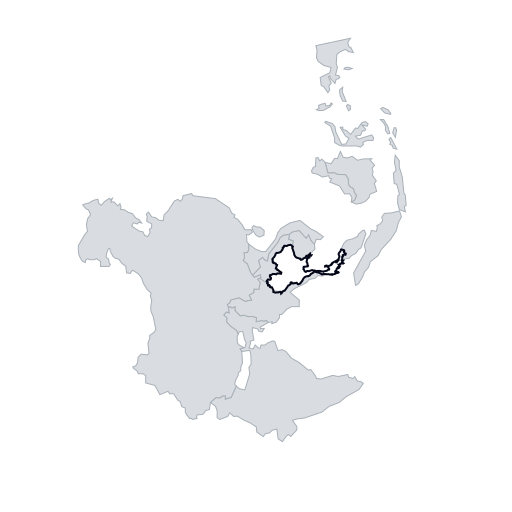 map of Thailand with Indonesia, Cambodia, Laos and 5 others greyed out, rotated 254°
{"feature_id": "THA", "entity_name": "Thailand", "entity_type": "country or territory", "adm_level": 0, "iso_a3": "THA", "parent_name": "Asia", "parent_adm1": "", "projection": "orthographic", "projection_center": [100.709, 13.031], "detail": "fine", "context": "with_neighbors", "style": "outline", "palette": "ink", "viewbox_px": 512, "rotation_deg": 254, "n_neighbors": 8, "source": "natural_earth", "source_scale": "50m", "svg_char_len": 15555}
<svg xmlns="http://www.w3.org/2000/svg" viewBox="0 0 512 512"><g transform="rotate(254 256 256)"><path d="M441.7,371.5L439.3,406.8L436.0,403.1L431.6,402.9L430.4,404.6L424.7,405.7L427.0,401.1L429.9,399.1L429.2,393.4L427.4,389.3L418.7,386.1L414.9,386.3L408.0,382.3L406.5,385.2L404.7,385.9L403.7,384.0L403.7,381.7L400.1,379.5L405.4,376.8L408.8,376.4L408.4,375.0L401.4,376.0L399.5,373.0L395.1,372.5L393.1,370.1L399.7,367.9L402.2,365.7L409.9,366.9L411.8,377.5L416.5,380.1L420.6,373.6L425.9,369.4L430.0,368.8L437.0,371.4L441.7,371.5ZM363.4,416.4L363.8,419.0L360.1,423.3L355.7,424.9L355.1,424.3L358.1,419.1L363.4,416.4ZM409.7,400.1L409.5,396.1L411.5,392.1L412.5,393.5L412.3,396.1L409.7,400.1ZM327.0,348.2L324.0,353.5L328.1,358.5L327.2,361.2L333.3,365.9L326.9,367.0L325.1,370.9L325.3,375.9L320.0,380.1L319.8,385.5L317.6,394.0L316.8,392.1L310.5,395.0L308.4,391.8L304.5,391.7L301.7,390.1L295.1,392.3L293.1,389.8L284.8,389.8L284.0,382.5L281.2,381.0L278.5,376.4L277.7,371.6L278.4,366.4L281.7,362.6L282.6,366.3L286.5,369.3L290.1,368.0L293.7,368.2L296.9,365.3L299.6,364.7L304.8,365.9L309.4,364.5L312.1,356.6L314.2,354.5L316.0,348.0L327.0,348.2ZM387.2,381.1L392.6,382.0L394.3,385.9L390.2,384.2L379.7,385.2L381.0,382.0L387.2,381.1ZM374.5,388.0L371.0,387.3L370.0,385.1L375.2,384.3L376.4,385.9L374.5,388.0ZM380.1,354.4L380.5,357.4L383.4,357.5L383.9,359.7L383.7,364.6L381.1,364.4L380.3,367.9L382.4,370.5L381.0,371.4L379.0,368.1L377.4,361.2L378.4,356.6L380.1,354.4ZM347.6,364.1L360.3,363.5L365.4,358.9L366.3,360.1L362.2,366.0L358.3,367.5L353.2,366.9L339.7,369.1L338.9,373.4L343.7,377.9L346.6,375.1L356.5,372.4L356.0,375.0L353.7,374.4L351.4,377.8L346.7,380.4L351.6,386.9L350.6,388.9L355.2,394.8L355.0,398.3L352.1,400.2L350.1,398.5L352.8,393.8L347.6,396.4L346.3,395.0L347.1,392.8L343.3,389.9L343.8,384.6L340.2,386.5L340.5,400.6L337.1,401.7L334.8,400.2L336.5,395.1L335.8,389.9L333.6,390.1L331.9,386.5L334.2,382.7L337.8,369.7L338.9,367.3L343.4,362.8L347.6,364.1ZM338.5,425.9L331.7,422.7L336.7,421.3L341.2,424.1L340.8,425.6L338.5,425.9ZM344.6,416.3L348.1,415.6L352.9,413.2L352.0,416.3L344.0,418.5L337.0,418.4L337.1,416.4L341.4,415.0L344.6,416.3ZM328.3,416.7L331.6,416.0L332.8,418.2L319.9,420.8L321.9,417.6L324.9,417.4L326.4,415.4L328.3,416.7ZM274.8,409.0L275.6,410.9L286.2,411.1L287.5,408.8L297.8,410.9L299.7,414.3L307.9,414.9L314.5,417.6L308.2,420.0L302.2,418.2L291.5,418.4L275.9,415.5L273.5,416.3L263.3,414.3L262.4,412.1L257.2,411.8L261.2,406.6L268.0,406.7L274.8,409.0ZM251.8,380.5L252.7,384.3L254.7,387.3L258.9,387.8L261.6,391.2L260.1,398.0L259.8,406.4L253.6,406.6L248.9,402.1L241.6,397.8L234.9,390.1L227.7,378.2L222.7,373.6L219.0,364.4L213.9,360.9L210.9,356.0L206.6,352.8L200.8,346.5L200.3,343.6L212.7,345.1L230.6,362.9L236.4,363.0L241.1,366.8L244.4,371.4L248.8,373.9L246.5,378.5L249.7,380.4L251.8,380.5Z" fill="#d9dde1" stroke="#a8b0b8" stroke-width="1"/><path d="M241.4,305.9L240.0,299.0L243.5,294.2L250.6,293.1L255.8,293.8L260.4,295.9L262.8,292.0L267.7,293.9L269.1,297.7L268.6,304.5L259.4,309.1L261.9,312.5L256.0,313.1L251.2,315.4L246.6,314.7L241.4,305.9Z" fill="#d9dde1" stroke="#a8b0b8" stroke-width="1"/><path d="M267.7,293.9L262.8,292.0L260.4,295.9L255.8,293.8L257.5,291.2L257.7,286.4L253.2,281.5L252.7,275.9L248.5,271.4L244.4,271.0L243.4,273.0L240.2,273.2L238.6,272.2L232.9,275.6L232.7,270.5L234.0,264.6L230.4,264.3L230.1,260.9L227.8,259.2L228.9,257.1L233.5,253.4L233.9,254.7L236.8,254.9L235.9,248.4L238.6,247.6L244.2,257.1L250.8,257.1L253.0,262.0L249.6,263.5L248.1,265.6L254.6,268.9L262.8,280.4L267.0,284.2L268.5,288.2L267.7,293.9Z" fill="#d9dde1" stroke="#a8b0b8" stroke-width="1"/><path d="M227.8,259.2L221.6,262.9L217.8,263.1L215.3,269.2L213.0,270.2L221.1,283.1L219.0,288.1L217.1,289.1L222.1,296.5L222.6,302.4L224.7,307.6L218.9,318.7L218.4,314.4L220.1,310.1L218.3,306.7L218.8,300.5L216.6,297.5L213.9,283.5L211.7,278.8L201.7,285.5L195.4,283.5L197.5,276.5L196.5,271.2L192.6,264.6L193.3,262.5L190.2,261.7L186.7,257.0L186.6,252.5L188.4,253.4L188.7,249.3L191.3,248.1L190.9,245.7L192.2,243.8L192.7,238.0L196.7,239.4L199.2,234.9L199.6,232.2L202.6,227.6L202.6,224.4L209.3,220.7L212.9,221.8L212.5,218.4L214.3,217.4L214.0,215.3L217.0,214.9L218.6,218.2L220.7,219.5L220.5,228.3L215.6,232.9L214.8,239.5L220.3,238.6L221.5,243.8L224.8,244.9L223.2,249.6L229.4,252.7L233.3,251.1L233.5,253.4L228.9,257.1L227.8,259.2Z" fill="#d9dde1" stroke="#a8b0b8" stroke-width="1"/><path d="M251.2,315.4L256.0,313.1L261.9,312.5L259.4,309.1L268.6,304.5L269.1,297.7L267.7,293.9L268.5,288.2L267.0,284.2L262.8,280.4L254.6,268.9L248.1,265.6L249.6,263.5L253.0,262.0L250.8,257.1L244.2,257.1L238.6,247.6L241.4,246.2L250.7,245.5L255.1,242.4L257.7,244.5L262.5,245.4L261.8,248.7L264.4,250.9L269.7,252.2L262.9,257.2L258.6,262.6L257.6,266.6L267.2,279.8L272.2,283.1L275.7,287.6L278.5,298.0L278.1,308.1L267.3,315.8L262.9,320.6L256.0,326.1L253.9,322.5L255.4,318.6L251.2,315.4Z" fill="#d9dde1" stroke="#a8b0b8" stroke-width="1"/><path d="M214.0,215.3L214.3,217.4L212.5,218.4L212.9,221.8L209.3,220.7L202.6,224.4L202.6,227.6L199.6,232.2L199.2,234.9L196.7,239.4L192.7,238.0L192.2,243.8L190.9,245.7L191.3,248.1L188.7,249.3L186.5,240.4L185.0,240.3L184.0,243.9L181.3,240.9L183.1,237.8L185.5,237.5L188.1,232.9L185.2,231.8L175.8,230.8L175.6,226.9L173.3,226.5L169.5,223.9L167.4,227.6L170.7,230.7L167.4,232.6L166.1,234.6L169.1,236.3L167.9,239.6L169.3,243.9L169.8,248.5L168.9,250.5L158.9,251.1L158.8,255.4L155.8,258.5L148.0,261.9L141.6,268.2L131.9,274.8L131.7,277.4L124.1,280.2L121.7,280.3L119.8,284.5L120.1,296.7L117.5,301.9L116.8,311.6L114.0,311.6L111.4,315.7L112.9,317.7L108.0,318.9L106.0,322.6L103.9,324.0L99.3,318.2L96.0,304.2L92.3,295.6L91.3,284.7L87.8,276.4L86.9,257.9L88.0,251.1L88.0,245.8L80.6,248.3L77.5,247.2L72.9,239.7L75.4,238.0L74.5,235.6L70.3,230.2L74.1,226.9L83.9,228.3L84.0,223.4L82.2,220.3L82.6,216.0L80.4,213.2L86.6,208.2L91.5,209.2L97.5,204.1L101.6,199.0L107.1,194.1L108.0,190.2L112.5,187.6L109.6,184.6L108.8,176.1L111.5,174.1L117.6,176.0L122.5,175.7L127.8,171.8L130.9,178.3L129.5,182.6L130.7,185.4L130.0,188.1L126.9,187.1L126.9,193.1L136.4,201.2L133.0,203.4L130.3,208.4L144.3,217.4L150.9,218.5L153.3,221.5L162.9,223.9L167.0,224.0L168.1,216.0L171.2,215.0L171.2,220.4L175.5,222.7L178.8,222.0L187.1,222.5L187.7,219.1L185.8,217.3L189.8,216.7L194.6,212.8L200.5,209.5L204.6,210.9L208.2,208.7L210.4,212.1L208.7,214.4L214.0,215.3Z" fill="#d9dde1" stroke="#a8b0b8" stroke-width="1"/><path d="M278.2,270.9L273.7,269.3L273.3,264.4L275.8,261.8L281.5,260.0L284.6,260.0L285.9,262.1L283.7,264.7L282.6,268.0L278.2,270.9ZM146.7,138.0L147.2,135.1L150.2,134.1L149.2,125.4L159.4,123.2L164.4,115.0L171.4,117.0L173.9,115.0L175.2,110.4L178.3,110.1L181.8,107.2L183.3,106.9L183.6,110.2L186.2,112.8L191.2,114.8L193.3,118.7L190.9,124.1L192.0,126.3L201.9,128.1L206.5,131.3L209.0,131.9L210.5,136.4L212.7,139.4L226.0,140.5L231.5,139.8L235.7,140.6L242.0,143.5L247.1,143.5L249.1,145.0L253.8,142.2L260.4,140.3L266.6,139.9L271.2,138.0L276.4,133.5L273.9,130.1L275.5,126.9L282.0,128.0L285.5,125.3L290.9,123.1L293.0,119.8L295.3,118.3L300.6,117.3L303.6,117.6L303.5,115.9L299.3,112.9L296.0,111.6L293.6,113.5L289.8,113.0L287.9,113.7L286.5,111.9L288.8,103.6L293.5,105.1L297.6,101.8L296.9,99.9L298.4,94.9L299.8,93.4L298.9,91.0L296.7,90.1L298.6,87.8L302.3,86.6L306.4,86.1L311.6,87.0L315.0,88.2L323.3,96.7L326.4,100.9L332.8,101.6L338.1,104.3L341.4,108.4L346.4,107.7L348.3,105.6L352.9,103.5L353.3,107.8L352.9,109.6L354.3,114.8L354.2,119.6L349.7,119.4L347.4,121.4L350.1,125.4L351.9,131.1L350.1,131.5L351.1,133.9L347.7,131.4L347.3,134.3L342.3,137.0L343.8,139.6L340.5,139.8L338.1,138.4L336.7,142.2L333.2,145.3L330.9,148.8L325.7,150.8L323.3,153.5L319.2,155.2L320.8,152.7L319.5,150.8L321.8,147.2L319.0,144.7L312.1,150.6L310.3,154.1L306.3,154.6L304.6,157.2L307.5,160.5L311.2,161.0L311.8,163.3L315.6,164.6L319.5,160.5L323.7,162.2L326.5,162.1L327.8,164.7L322.1,166.7L320.8,169.7L317.1,172.6L315.6,176.5L320.9,179.0L323.7,184.0L331.3,192.5L332.0,196.5L329.4,198.2L331.1,201.0L334.1,202.4L333.8,211.3L331.3,212.0L322.4,232.7L309.7,243.5L304.0,244.5L301.2,247.1L299.2,245.4L296.6,248.3L289.5,251.5L284.1,252.6L282.7,258.6L279.8,259.0L278.2,255.0L279.3,252.8L272.2,251.2L269.7,252.2L264.4,250.9L261.8,248.7L262.5,245.4L257.7,244.5L255.1,242.4L250.7,245.5L241.4,246.2L235.9,248.4L236.8,254.9L233.9,254.7L233.3,251.1L229.4,252.7L223.2,249.6L224.8,244.9L221.5,243.8L220.3,238.6L214.8,239.5L215.6,232.9L220.5,228.3L220.7,219.5L218.6,218.2L217.0,214.9L214.0,215.3L208.7,214.4L210.4,212.1L208.2,208.7L204.6,210.9L200.5,209.5L194.6,212.8L189.8,216.7L185.8,217.3L183.7,215.7L177.7,214.1L174.9,215.4L171.2,219.3L171.2,215.0L168.1,216.0L157.1,213.6L153.5,210.9L149.9,209.6L148.7,206.9L146.2,205.9L142.0,202.0L138.5,200.1L136.4,201.2L126.9,193.1L126.9,187.1L130.0,188.1L130.7,185.4L129.5,182.6L130.9,178.3L127.8,171.8L121.3,169.0L121.2,164.9L118.8,162.2L118.5,160.6L119.5,155.7L117.4,154.3L116.0,154.6L116.5,149.9L118.0,148.8L117.8,147.6L122.3,145.7L125.3,145.0L129.3,146.1L131.7,143.1L136.9,143.0L138.9,141.1L145.9,139.0L146.7,138.0Z" fill="#d9dde1" stroke="#a8b0b8" stroke-width="1"/><path d="M227.4,338.4L228.4,337.4L233.0,339.9L233.5,342.8L237.2,342.1L239.1,339.7L243.7,343.6L246.1,347.4L245.9,353.7L246.8,359.0L248.8,360.5L251.1,365.4L251.0,367.3L246.9,367.7L234.8,359.2L234.2,356.4L230.9,352.6L230.1,348.0L228.1,344.9L228.7,340.8L227.4,338.4ZM327.0,348.2L316.0,348.0L314.2,354.5L312.1,356.6L309.4,364.5L304.8,365.9L299.6,364.7L296.9,365.3L293.7,368.2L290.1,368.0L286.5,369.3L282.6,366.3L281.7,362.6L285.8,364.3L290.1,363.1L291.2,358.3L300.3,355.6L306.8,347.3L309.4,350.1L310.5,348.1L313.1,348.1L313.6,341.7L317.7,337.5L320.3,332.9L322.5,332.8L325.4,335.5L325.7,337.9L333.8,340.6L333.5,342.8L329.9,343.4L330.9,346.0L327.0,348.2Z" fill="#d9dde1" stroke="#a8b0b8" stroke-width="1"/><path d="M227.8,259.7L227.8,260.1L228.1,260.0L228.3,259.6L228.6,259.4L228.9,259.3L229.2,259.6L229.5,260.2L229.8,260.5L230.1,260.8L230.1,261.0L229.9,261.5L229.3,262.9L229.4,263.5L229.9,264.0L230.5,264.3L231.1,264.3L231.5,264.1L231.8,263.9L232.0,263.7L232.3,263.7L233.3,263.9L233.7,264.1L233.7,264.4L233.6,265.3L233.7,266.0L234.0,266.7L234.1,267.3L233.4,269.3L232.9,270.1L232.8,270.3L232.8,270.5L233.3,271.2L233.3,271.6L233.3,272.0L233.1,272.6L232.0,275.2L232.3,275.4L233.1,275.8L233.4,275.7L234.8,274.4L235.6,273.8L236.3,273.5L236.6,273.1L236.7,272.6L237.0,272.5L237.3,272.6L237.7,272.4L238.1,271.9L238.5,271.6L239.2,272.0L239.8,272.5L240.4,272.9L240.9,273.0L241.2,273.2L241.2,273.5L241.3,273.7L241.5,273.8L241.6,273.6L241.8,273.4L242.3,273.1L242.8,272.9L243.3,272.9L243.6,272.6L243.8,272.0L244.1,271.5L244.4,271.3L244.8,271.2L244.7,270.8L244.7,270.7L244.9,270.5L245.3,270.4L246.0,270.4L246.7,270.6L247.6,270.9L248.2,271.1L248.5,270.9L249.0,271.5L249.8,272.8L250.5,273.7L251.1,274.4L251.7,274.9L252.4,275.2L252.8,275.7L253.3,276.6L253.0,277.9L252.9,279.0L253.0,280.3L253.4,281.4L254.1,282.1L254.5,282.6L254.7,283.1L255.2,283.5L256.2,283.8L256.6,284.0L256.5,284.3L256.5,284.6L256.6,284.9L257.0,285.2L257.5,285.4L257.8,285.6L258.0,285.9L258.0,286.3L257.8,286.8L257.6,287.3L257.3,287.6L257.2,288.2L257.2,288.9L257.4,289.4L257.5,290.0L257.4,290.5L257.3,292.0L257.2,292.3L256.9,292.6L256.5,293.0L255.5,293.4L255.0,294.1L254.8,294.1L254.6,293.9L254.5,293.7L254.4,293.3L253.9,293.1L253.4,293.0L251.4,293.3L250.3,293.2L249.0,293.4L247.7,293.3L246.9,293.1L246.6,293.1L246.0,293.3L244.7,293.6L243.8,294.1L243.1,294.7L242.9,295.2L242.1,296.4L241.5,297.1L241.1,297.5L241.1,297.9L240.0,298.0L239.9,298.2L239.9,299.6L240.1,300.1L240.7,301.1L240.8,302.2L240.9,303.1L241.6,303.7L242.3,304.5L242.1,305.5L242.2,306.4L243.4,308.6L243.2,308.6L243.1,308.2L242.6,307.5L242.4,306.8L241.8,306.1L241.4,305.8L241.1,306.3L240.0,305.5L239.6,304.7L239.4,305.0L238.9,304.4L238.3,303.9L237.5,303.6L237.2,303.3L236.6,303.0L235.0,303.4L233.1,303.1L232.3,303.4L232.0,303.2L231.8,302.9L232.0,302.3L232.0,301.1L232.3,300.2L232.2,299.5L232.4,298.8L232.1,298.6L230.7,298.3L230.4,298.0L230.0,298.3L228.3,298.5L227.7,298.8L227.1,299.2L227.0,299.9L227.3,300.3L227.5,301.0L226.9,302.6L226.8,303.0L227.0,304.9L227.0,306.0L226.6,306.7L226.1,307.3L225.9,308.4L225.5,308.9L224.9,310.0L224.6,311.4L224.3,312.1L224.1,313.3L223.0,315.1L222.7,316.1L222.3,316.5L222.5,316.8L222.5,317.3L222.3,319.8L222.4,320.4L223.0,321.6L222.8,322.0L222.8,322.5L223.2,322.7L223.6,322.8L225.4,322.2L226.1,322.4L226.4,323.4L226.7,325.9L226.9,326.3L227.7,327.3L227.8,327.2L227.9,326.8L228.3,327.3L228.5,328.2L229.5,332.9L230.0,334.1L229.4,333.8L229.3,332.7L229.1,332.3L228.9,332.2L228.6,332.2L228.8,331.7L228.7,331.3L228.4,331.0L227.9,331.2L227.9,332.0L228.1,332.5L229.1,333.8L229.3,334.3L229.7,334.4L230.3,334.4L231.4,335.4L232.7,336.1L233.5,336.1L234.3,335.9L234.9,335.9L235.4,336.1L236.1,336.7L237.1,338.3L238.8,339.6L238.7,339.9L238.6,340.4L237.9,341.1L237.8,341.5L237.6,342.0L237.1,342.2L236.7,342.3L236.4,342.3L236.3,342.2L236.0,341.7L235.8,341.5L234.1,342.2L233.7,342.9L233.4,343.0L232.5,342.3L232.6,341.9L233.0,341.3L233.1,340.8L233.0,340.1L232.9,339.6L232.5,339.6L231.9,339.6L231.6,339.1L231.4,338.6L231.2,338.4L230.5,338.5L228.9,337.9L228.4,337.1L228.2,337.1L227.9,337.2L227.9,337.4L227.7,338.2L227.6,338.5L226.2,336.8L225.2,336.0L225.4,334.7L225.1,334.5L224.7,334.5L224.4,334.1L224.7,333.3L224.3,333.5L223.8,333.4L223.3,333.2L223.0,332.2L222.8,331.8L222.4,331.3L221.8,331.3L221.6,331.0L221.6,330.3L221.2,329.9L220.6,329.5L220.1,329.3L219.7,328.2L219.0,327.7L218.5,327.8L218.4,328.2L218.1,328.6L217.7,328.6L217.4,328.3L217.0,327.2L217.0,326.5L217.1,325.3L217.6,324.1L217.8,322.3L218.2,321.2L218.5,320.8L218.9,319.2L219.7,317.2L220.0,316.3L220.1,315.8L220.1,315.1L220.0,314.5L220.2,314.3L221.5,313.1L222.5,312.0L224.1,309.1L224.3,309.0L224.6,308.7L224.8,308.4L224.9,308.2L224.4,306.4L224.0,305.9L223.7,304.2L223.7,303.8L223.5,303.6L223.1,303.2L222.7,302.7L222.4,301.9L222.4,301.5L222.2,301.1L222.1,300.6L222.5,299.9L222.5,298.4L222.3,297.2L221.6,295.8L221.2,295.3L219.2,293.5L217.4,290.9L217.2,290.0L217.1,289.0L217.1,288.7L217.4,288.4L217.7,288.3L217.9,288.2L218.6,287.8L219.0,287.8L219.1,287.7L219.1,286.6L219.2,285.5L219.4,283.9L220.6,283.1L220.9,282.8L221.0,282.5L221.0,282.2L220.9,281.9L220.7,281.8L219.9,282.4L219.4,281.2L218.8,280.0L218.8,279.1L218.6,278.6L217.6,277.6L215.2,274.6L214.7,273.9L214.7,273.7L214.9,273.1L214.8,272.5L214.4,271.8L214.3,271.3L214.3,271.1L214.2,271.0L213.8,271.1L213.4,270.7L213.0,269.8L213.6,269.9L214.1,269.7L214.9,269.5L215.0,269.4L215.0,269.2L214.8,267.5L214.8,267.1L215.3,266.3L215.3,265.6L215.4,264.5L216.0,263.7L216.4,263.4L216.5,262.9L216.7,262.7L217.0,262.8L217.7,263.2L218.4,263.2L219.1,263.2L220.5,262.8L221.4,262.8L221.6,262.6L221.7,262.3L221.9,261.3L222.0,261.1L222.2,260.9L222.5,260.8L222.9,260.8L223.3,261.0L223.6,261.1L224.2,260.8L224.4,260.7L224.5,260.4L224.4,260.0L224.2,259.5L224.3,259.4L225.2,259.7L225.7,259.7L226.0,259.6L226.6,259.1L226.9,259.2L227.8,259.7ZM218.0,330.2L217.9,330.6L217.7,330.6L217.5,330.9L217.4,330.9L217.2,330.0L217.4,328.9L217.5,328.7L217.7,329.0L218.1,329.1L217.9,329.8L218.0,330.2ZM227.4,320.7L227.4,321.0L227.3,321.4L226.8,321.6L226.6,321.3L226.6,320.8L226.7,320.7L227.2,320.7L227.4,320.7ZM240.5,307.0L240.3,307.0L240.2,307.1L239.8,307.0L239.7,306.3L239.7,306.1L239.9,306.1L240.2,306.5L240.5,307.0ZM225.0,338.0L224.9,338.1L224.7,337.6L225.0,337.0L225.3,337.8L225.0,338.0ZM219.0,330.0L218.7,329.0L219.1,329.3L219.0,330.0ZM227.4,320.1L227.1,320.0L227.0,319.8L226.9,319.5L227.2,319.5L227.4,319.8L227.4,320.1ZM221.8,332.0L221.9,332.7L221.7,332.5L221.5,332.2L221.6,331.7L221.8,332.0ZM241.5,308.8L241.4,309.4L241.1,309.1L241.2,308.8L241.3,308.7L241.5,308.8ZM217.5,323.7L217.1,323.7L217.3,323.2L217.5,323.5L217.5,323.7Z" fill="none" stroke="#020617" stroke-width="2"/></g></svg>